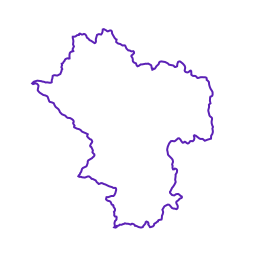 the district of Jequitinhonha, Minas Gerais, Brazil, rotated 82°
{"feature_id": "56859067B30834416316700", "entity_name": "Jequitinhonha", "entity_type": "district", "adm_level": 2, "iso_a3": "BRA", "parent_name": "Brazil", "parent_adm1": "Minas Gerais", "projection": "orthographic", "projection_center": [-41.068, -16.402], "detail": "fine", "context": "isolated", "style": "outline", "palette": "violet", "viewbox_px": 256, "rotation_deg": 82, "n_neighbors": 0, "source": "geoboundaries", "source_scale": "gbopen_adm2", "svg_char_len": 5779}
<svg xmlns="http://www.w3.org/2000/svg" viewBox="0 0 256 256"><g transform="rotate(82 128 128)"><path d="M150.1,47.3L147.2,46.7L145.6,45.3L144.0,44.6L142.9,44.4L140.3,44.5L138.8,43.7L137.1,44.2L134.9,44.5L133.2,44.3L130.8,43.5L129.8,43.5L129.2,43.8L127.8,45.2L126.9,45.6L122.1,46.1L121.2,45.9L118.6,44.8L116.2,44.6L115.6,43.9L115.1,42.9L112.4,43.1L109.1,42.4L108.4,42.0L108.3,41.1L107.8,40.1L106.8,39.6L104.7,39.3L103.7,39.4L100.5,40.8L98.5,41.3L96.3,41.6L93.8,41.5L92.4,42.3L91.3,43.4L90.4,43.2L89.3,43.3L88.8,43.9L88.5,44.6L87.8,48.9L88.2,51.3L88.1,52.3L86.7,53.2L86.0,53.9L85.7,54.6L85.5,56.3L84.4,57.7L83.7,57.9L82.9,57.7L80.5,57.5L79.9,57.9L80.0,58.7L80.9,60.0L81.2,60.9L81.2,61.7L80.5,63.2L79.8,63.7L79.0,63.9L76.4,63.0L75.6,63.0L74.1,63.3L71.8,64.8L69.5,67.0L69.2,67.9L69.5,69.1L71.1,70.1L73.7,70.8L74.2,72.4L74.0,73.3L72.7,74.1L72.3,74.7L71.0,78.6L70.1,79.1L69.3,79.9L67.8,82.1L66.7,85.7L66.8,87.1L67.4,88.0L69.1,88.8L70.8,91.3L72.8,92.9L73.2,94.0L72.8,94.7L73.5,95.1L73.7,95.8L71.7,96.2L69.8,96.2L68.9,96.5L67.0,99.1L67.1,100.3L66.8,101.4L67.0,105.4L66.8,106.5L68.0,108.8L68.2,110.0L67.2,110.7L65.1,111.1L64.2,112.7L62.9,113.8L61.9,113.9L60.8,113.7L59.4,113.8L57.4,114.7L56.6,114.4L56.1,113.3L54.7,111.6L53.6,111.5L52.7,112.0L52.6,113.9L52.1,114.8L51.5,115.4L51.2,116.9L49.1,118.5L46.4,119.2L45.7,119.7L45.5,122.0L43.8,123.9L43.0,126.0L41.3,127.7L40.3,127.6L38.8,127.0L38.4,127.7L37.0,128.7L32.2,130.6L31.0,130.5L29.9,130.6L29.0,131.4L28.9,132.4L29.5,134.5L29.1,135.3L28.3,136.0L26.7,138.2L26.9,139.3L29.1,139.8L30.8,140.7L31.7,141.7L31.1,143.3L31.0,144.1L31.5,145.7L35.5,147.5L37.8,147.7L38.5,148.0L39.1,148.5L39.3,149.3L36.5,152.4L35.8,153.6L35.0,154.3L34.1,154.7L32.8,156.1L30.8,156.5L29.5,157.2L28.9,158.0L28.7,158.7L29.1,159.8L29.0,160.8L27.8,162.5L28.1,163.3L29.0,163.6L29.0,165.5L30.0,167.2L30.1,168.4L29.9,170.0L31.0,170.2L32.9,170.0L34.5,170.0L37.6,170.8L39.7,170.2L42.1,171.8L43.2,171.8L44.2,171.4L44.5,172.1L44.3,172.9L45.0,174.5L45.7,175.2L47.5,175.8L51.0,176.2L51.1,177.0L50.6,177.8L50.6,178.7L51.0,180.2L51.6,180.9L52.7,181.5L53.3,182.4L54.3,183.0L55.0,183.9L55.1,184.7L56.9,184.6L57.7,185.2L58.9,185.5L59.6,185.0L60.6,184.9L61.2,185.6L62.3,185.9L65.1,187.5L66.2,190.6L66.1,191.3L65.5,193.2L65.5,194.1L65.9,195.3L68.4,196.0L69.9,196.8L72.1,197.2L72.4,198.1L72.3,199.2L71.5,201.8L71.5,203.1L70.5,204.9L70.1,206.4L69.6,207.2L68.5,211.2L69.0,214.6L69.5,215.5L70.5,216.7L71.3,215.9L70.9,213.5L71.2,212.5L71.7,211.8L73.3,210.8L74.0,210.8L77.4,212.0L78.3,212.1L79.6,211.3L80.6,210.6L83.5,207.3L84.3,205.2L85.4,203.6L86.1,203.2L90.5,202.3L91.2,201.9L92.1,199.7L93.1,198.1L95.3,197.5L97.1,196.7L99.5,194.4L101.1,193.6L102.8,193.2L105.2,191.5L106.9,188.6L107.7,187.9L108.6,187.4L109.5,186.4L110.1,184.0L111.2,182.5L112.5,181.3L113.4,180.9L114.5,180.9L115.3,181.6L116.0,181.6L118.2,180.6L119.1,181.2L119.8,181.2L121.5,178.7L122.3,176.7L123.4,175.2L125.0,174.2L125.6,173.4L127.3,170.5L128.6,168.7L129.6,169.3L130.6,169.6L132.4,168.5L133.0,167.8L133.6,167.5L134.4,166.0L135.4,165.5L136.5,165.3L137.5,165.8L138.3,166.8L140.4,168.0L141.3,167.7L141.7,167.0L144.6,166.1L145.4,165.9L147.0,166.6L147.7,166.3L149.4,165.0L150.6,165.1L151.6,166.0L152.1,167.0L152.8,167.7L154.5,171.8L155.4,172.5L157.1,172.8L159.6,174.1L160.2,174.6L161.3,178.2L162.1,179.2L164.9,180.5L165.9,181.5L167.4,182.3L167.9,183.2L168.9,183.9L169.6,183.0L169.9,181.1L170.4,180.4L171.1,177.6L170.4,174.7L170.5,173.4L171.7,172.1L173.3,171.1L173.5,170.1L175.4,167.3L177.4,166.4L178.5,165.3L179.3,164.9L179.3,163.9L178.9,162.8L178.9,161.7L179.3,160.8L179.9,160.1L180.8,158.2L183.1,154.8L184.3,152.1L185.2,151.0L185.5,150.1L185.4,149.3L185.7,148.6L186.4,148.3L187.6,148.3L190.7,149.6L192.6,150.9L193.3,151.9L193.0,153.9L193.7,157.0L193.5,158.9L195.4,159.7L196.2,159.3L196.8,158.7L197.4,157.8L197.8,156.6L198.5,155.7L199.4,155.3L201.5,154.8L202.3,153.4L203.0,153.2L203.7,153.4L206.3,152.2L207.1,152.2L208.1,152.5L209.1,153.6L210.2,153.4L212.7,153.8L213.8,153.2L214.2,151.8L215.2,151.7L215.9,152.0L216.8,152.1L217.4,152.5L218.3,153.8L219.9,154.5L220.7,154.7L223.5,154.6L224.4,155.5L224.9,154.3L224.6,153.1L223.4,152.7L223.5,151.6L223.3,150.7L222.6,149.7L222.9,147.6L222.5,146.7L222.5,145.5L222.0,144.7L222.1,143.9L222.5,143.1L222.9,141.0L224.0,138.7L223.4,137.8L223.5,136.8L224.1,135.8L224.9,134.9L225.9,134.6L226.1,133.4L227.6,131.2L228.4,129.0L228.2,127.2L227.3,126.6L224.9,123.9L223.8,123.7L223.2,122.8L223.8,121.6L224.7,121.1L225.4,121.0L226.1,121.4L226.8,121.2L227.5,120.7L229.2,120.1L229.3,119.3L228.9,117.1L228.4,116.3L227.7,115.7L226.6,115.4L226.2,114.7L225.9,113.7L224.9,112.2L224.7,111.3L223.8,111.0L223.4,110.2L223.3,107.6L222.6,107.2L219.4,106.5L218.5,105.8L216.6,105.0L215.7,104.9L213.7,105.3L210.8,103.0L210.4,102.3L209.4,99.4L209.6,98.2L210.4,97.4L213.4,95.5L214.2,94.0L214.3,93.1L215.1,91.3L214.8,90.6L214.1,90.0L212.5,89.6L211.6,89.7L209.6,90.5L208.4,90.6L207.6,90.2L206.5,88.1L205.3,86.8L204.7,84.7L204.0,84.2L203.3,84.3L202.6,85.3L201.0,86.6L200.3,87.5L200.2,88.6L200.3,89.8L201.2,91.5L200.9,92.7L200.4,93.8L198.0,95.4L197.0,95.3L196.6,94.8L193.3,92.6L192.5,91.6L190.2,89.6L189.2,89.1L188.8,88.6L188.0,88.3L185.8,88.5L182.2,87.5L180.8,87.4L178.8,85.8L177.1,85.3L176.0,85.4L175.2,86.1L174.9,86.7L174.7,87.4L175.4,88.3L175.2,89.2L173.6,89.5L171.6,89.1L170.4,89.4L169.6,89.1L168.0,88.2L167.1,88.1L165.5,88.3L164.1,89.1L160.8,91.6L159.9,92.1L157.2,92.1L155.3,92.3L154.1,92.0L152.0,91.2L149.0,89.4L147.0,87.3L147.0,86.0L147.6,84.0L147.3,83.0L145.2,79.8L145.3,78.9L146.7,77.7L148.3,77.1L150.1,76.0L150.2,74.9L149.5,74.0L149.7,73.2L151.1,71.9L151.7,70.9L151.3,69.8L149.7,68.2L149.7,67.4L150.1,65.7L149.6,65.0L149.0,64.3L148.2,64.0L147.1,63.6L145.0,63.9L144.4,63.3L145.1,61.9L148.3,58.8L148.9,57.8L149.2,55.6L151.3,53.7L150.6,50.8L150.1,47.3Z" fill="none" stroke="#5b21b6" stroke-width="2"/></g></svg>